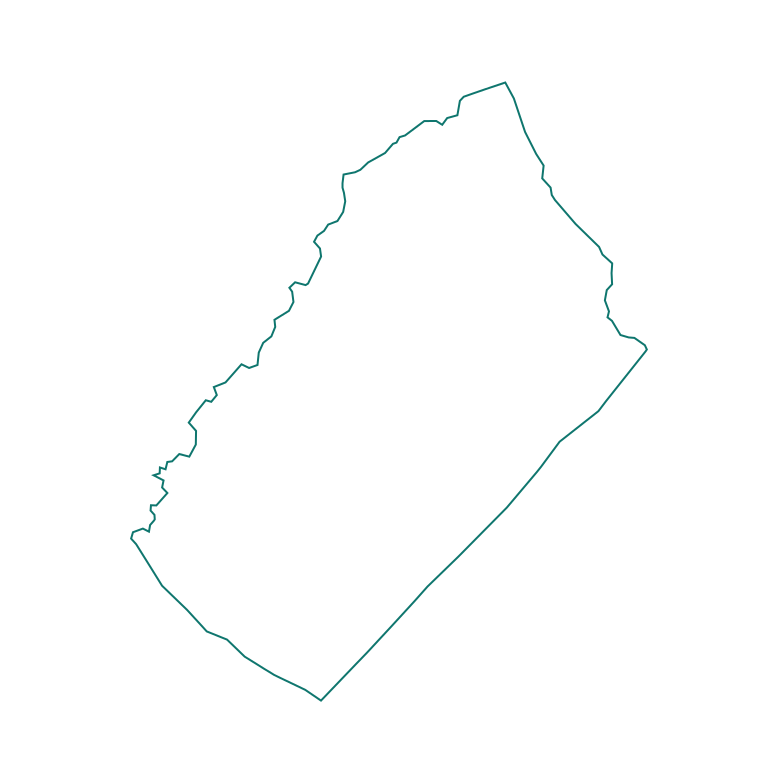 Camuy, Puerto Rico (orthographic projection), rotated 224°
{"feature_id": "32010507B35175802889516", "entity_name": "Camuy", "entity_type": "district", "adm_level": 2, "iso_a3": "PRI", "parent_name": "Puerto Rico", "parent_adm1": "", "projection": "orthographic", "projection_center": [-66.848, 18.417], "detail": "fine", "context": "isolated", "style": "outline", "palette": "teal", "viewbox_px": 768, "rotation_deg": 224, "n_neighbors": 0, "source": "geoboundaries", "source_scale": "gbopen_adm2", "svg_char_len": 1849}
<svg xmlns="http://www.w3.org/2000/svg" viewBox="0 0 768 768"><g transform="rotate(224 384 384)"><path d="M240.3,587.5L247.9,583.5L263.9,587.8L269.5,587.2L272.6,592.5L283.2,597.6L289.0,606.3L289.2,614.2L297.3,621.8L303.2,628.8L303.7,629.3L316.8,628.9L324.5,632.0L357.1,632.2L357.4,632.2L388.8,635.1L394.6,636.5L400.6,641.0L413.0,641.8L420.9,652.0L434.4,655.2L457.6,663.3L488.9,679.6L506.2,685.1L516.0,666.2L521.9,654.6L526.2,646.0L526.1,640.4L517.9,628.3L523.3,619.2L522.2,610.9L529.1,609.5L537.7,601.1L541.5,577.4L544.3,572.4L542.7,566.3L544.4,563.0L543.7,550.9L549.3,532.4L549.8,521.7L551.9,516.2L558.6,506.6L553.3,499.6L550.2,496.4L545.6,493.7L538.8,488.5L532.9,479.4L530.7,468.9L534.9,459.9L533.5,452.5L535.0,444.5L533.1,437.7L524.2,437.0L517.8,432.0L508.4,403.5L509.1,400.7L518.6,395.4L518.9,387.5L514.2,386.6L506.1,380.1L503.2,370.6L507.4,354.1L501.9,349.5L498.1,340.0L499.5,329.7L495.9,319.6L488.2,309.8L492.2,301.8L500.2,299.2L499.4,281.9L499.1,275.0L504.3,263.6L496.6,259.9L495.9,251.2L500.9,248.5L499.5,233.1L497.6,220.6L486.6,219.7L477.3,209.7L473.6,196.5L482.6,191.4L482.7,181.2L485.7,177.4L481.9,170.9L487.2,168.3L483.3,163.9L486.3,158.3L475.6,161.5L471.7,155.4L464.1,155.1L463.4,138.5L467.4,134.9L464.0,130.8L458.2,130.4L454.9,127.4L454.6,126.2L454.3,120.1L450.5,114.5L457.0,112.5L461.6,103.0L458.5,97.1L451.0,96.6L429.3,91.2L414.2,87.4L403.5,84.7L392.2,84.7L390.8,84.7L376.3,84.7L375.5,84.7L368.8,84.7L345.7,83.3L341.3,83.0L339.6,82.9L324.5,89.0L319.4,91.1L294.8,91.1L284.5,93.3L284.2,93.4L272.2,95.9L264.3,97.7L261.0,98.4L254.5,100.5L228.1,109.3L224.0,110.0L209.4,112.5L209.6,162.3L209.6,178.7L210.3,213.8L211.2,249.1L212.0,268.6L210.6,311.4L209.8,380.4L212.9,426.9L213.5,433.3L217.6,464.5L210.9,513.4L212.4,526.1L218.5,589.2L218.9,591.4L223.3,593.1L235.9,591.1L240.3,587.5Z" fill="none" stroke="#0f766e" stroke-width="2"/></g></svg>